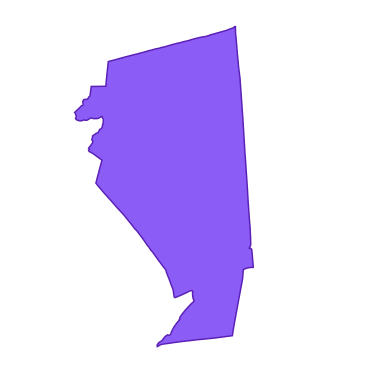 the district of Obrejita, Vrancea, Romania, rotated 343°
{"feature_id": "2599482B71493090324690", "entity_name": "Obrejita", "entity_type": "district", "adm_level": 2, "iso_a3": "ROU", "parent_name": "Romania", "parent_adm1": "Vrancea", "projection": "robinson", "projection_center": [27.083, 45.477], "detail": "fine", "context": "isolated", "style": "filled", "palette": "violet", "viewbox_px": 384, "rotation_deg": 343, "n_neighbors": 0, "source": "geoboundaries", "source_scale": "gbopen_adm2", "svg_char_len": 4464}
<svg xmlns="http://www.w3.org/2000/svg" viewBox="0 0 384 384"><g transform="rotate(343 192 192)"><path d="M281.9,46.5L281.4,46.4L280.9,46.3L280.8,46.7L280.8,47.1L280.4,47.1L279.7,47.1L278.8,47.1L277.1,47.2L274.4,47.3L272.4,47.5L270.9,47.5L263.3,47.3L258.0,47.2L254.9,47.1L254.0,47.3L249.7,47.2L249.2,47.2L247.8,46.8L247.0,46.7L245.7,46.6L243.4,46.4L239.5,46.2L237.7,46.2L235.8,46.1L234.2,46.2L230.4,46.0L228.1,45.8L225.0,45.8L223.3,45.7L222.6,45.6L221.1,45.4L219.4,45.4L215.3,45.2L211.5,45.2L211.1,45.2L210.2,45.2L209.8,45.2L208.8,45.2L206.4,45.0L204.6,44.8L203.2,44.9L202.4,44.9L199.2,44.5L197.6,44.5L195.4,44.4L193.7,44.4L191.7,44.2L188.8,44.2L186.9,44.2L185.0,44.1L183.5,44.0L182.4,44.0L181.3,44.0L173.8,43.6L166.7,43.3L150.1,42.8L147.7,48.4L145.3,54.0L142.2,61.4L140.5,65.7L126.5,61.6L123.8,67.5L122.7,70.0L122.4,70.4L120.9,71.1L119.7,72.4L119.1,72.6L118.6,72.6L117.8,72.4L116.8,72.2L116.3,72.1L115.7,72.0L115.2,72.2L114.6,72.8L114.1,73.4L113.9,74.1L113.8,74.7L113.7,75.2L113.6,76.0L113.5,76.4L113.1,77.0L112.9,77.2L111.4,77.2L110.6,77.8L107.3,79.5L103.0,81.6L103.2,82.0L103.4,82.6L103.4,83.3L103.4,84.0L103.4,84.3L103.4,84.5L103.5,84.9L103.6,85.4L103.5,85.8L103.3,86.1L103.2,86.4L102.8,86.8L102.3,87.2L102.1,87.6L102.2,88.2L102.6,88.7L103.1,89.7L104.0,90.2L104.6,90.6L105.2,91.0L105.8,91.3L107.1,91.5L108.6,91.6L109.5,91.5L110.3,91.7L111.1,92.3L111.6,92.4L112.1,92.6L112.8,92.6L113.7,92.4L115.2,92.1L116.0,91.8L116.5,91.7L117.1,91.8L117.9,92.2L119.1,92.9L120.1,93.3L122.0,93.9L123.0,94.1L124.1,94.1L125.3,93.9L127.5,93.5L128.0,93.4L128.0,93.7L128.0,94.2L128.1,95.0L128.4,96.4L128.5,96.8L128.1,97.7L127.8,98.5L127.3,99.7L127.0,100.4L126.6,101.0L126.0,101.8L125.8,102.2L125.7,102.5L125.4,103.1L125.1,103.7L124.5,104.3L123.9,104.8L122.9,105.1L122.2,105.1L121.8,105.4L121.1,106.2L120.7,106.7L120.1,107.3L119.4,107.7L118.9,107.7L118.3,107.8L117.8,107.9L117.3,107.9L117.1,108.0L116.9,108.1L116.1,108.4L114.7,108.8L113.6,109.2L113.2,109.5L113.0,110.2L112.9,110.7L112.5,111.2L112.0,111.7L111.7,112.2L111.5,112.6L111.5,113.0L111.6,113.5L111.9,114.2L111.9,114.8L111.7,115.4L111.5,115.7L111.1,116.1L110.6,116.4L109.2,117.5L106.7,119.3L106.4,119.5L105.8,120.1L106.4,121.2L105.2,122.1L105.6,123.4L106.6,124.2L107.4,125.0L108.1,125.8L109.4,127.4L111.3,130.0L114.4,134.2L115.2,135.3L113.6,137.8L111.1,141.7L109.8,143.8L107.7,147.3L106.6,149.0L102.7,155.4L103.9,158.6L107.4,166.7L110.7,173.9L111.7,175.9L115.7,184.9L120.3,194.5L122.2,199.3L123.9,203.5L125.9,208.7L126.7,210.9L127.6,212.3L128.3,214.1L130.4,219.8L132.2,225.0L133.6,229.7L134.5,231.7L135.6,235.6L136.7,237.7L137.4,240.0L140.2,248.1L142.5,254.6L143.7,257.4L144.2,259.4L144.1,260.7L144.1,262.0L144.4,265.7L144.6,267.6L144.8,271.3L144.9,272.9L145.0,275.8L145.2,277.2L145.3,278.2L145.3,280.9L144.7,283.9L144.3,287.4L144.8,288.0L147.3,287.9L149.8,287.6L152.0,287.4L154.0,287.1L157.7,286.6L160.9,286.0L163.0,286.3L163.3,286.5L163.5,287.4L163.1,288.7L162.7,289.6L162.1,292.4L162.0,293.8L162.0,295.3L162.2,296.7L162.0,297.1L158.9,298.5L155.5,300.4L151.1,303.0L147.1,305.7L143.8,308.3L143.3,309.5L142.3,310.5L142.5,310.7L139.0,312.9L137.5,314.2L135.8,315.3L134.9,316.2L133.7,317.4L132.4,318.8L131.2,320.0L130.6,321.0L130.4,321.5L129.8,321.9L128.6,322.2L127.4,322.1L126.9,321.5L125.0,322.0L123.1,322.9L120.7,324.7L119.1,325.6L118.1,325.8L116.2,326.3L114.8,327.4L114.7,327.4L114.5,327.6L113.9,328.2L113.8,328.5L113.6,329.7L113.9,329.7L114.0,329.7L115.2,329.4L116.5,329.0L117.0,328.9L118.7,328.9L120.6,329.1L124.0,329.7L131.4,330.8L135.0,331.4L139.1,332.1L147.0,333.6L153.8,334.8L158.2,335.7L163.0,336.7L167.6,337.6L171.7,338.4L178.2,339.5L181.4,340.0L187.8,341.1L188.1,341.1L188.6,341.2L189.9,338.5L191.2,335.7L194.6,329.1L204.4,310.1L215.0,289.8L218.4,281.2L222.0,280.8L223.7,281.0L224.8,281.1L226.0,281.2L226.8,281.5L227.4,281.7L227.8,281.8L228.1,282.0L228.5,282.0L229.0,280.3L232.3,264.7L232.1,263.8L231.8,263.3L231.5,263.1L231.1,263.0L230.6,262.9L230.3,262.7L230.2,262.4L230.5,262.0L230.9,261.8L231.2,261.6L231.8,261.1L232.3,260.4L232.9,259.2L233.0,258.8L233.9,255.4L234.6,253.2L234.7,252.6L235.1,251.3L235.2,250.6L235.3,250.3L235.9,247.8L236.0,247.5L237.2,242.9L237.7,240.6L238.7,235.8L241.5,223.6L243.0,217.1L246.1,204.4L250.6,185.2L252.3,177.9L253.1,174.3L253.9,170.7L255.6,163.8L257.4,156.2L259.0,149.6L262.2,136.2L265.2,123.2L267.7,112.3L270.2,101.4L271.2,97.2L271.9,93.0L273.1,86.1L274.4,80.0L275.8,72.9L277.4,65.8L279.1,57.9L280.2,52.4L281.9,46.5Z" fill="#8b5cf6" stroke="#5b21b6" stroke-width="1.5"/></g></svg>